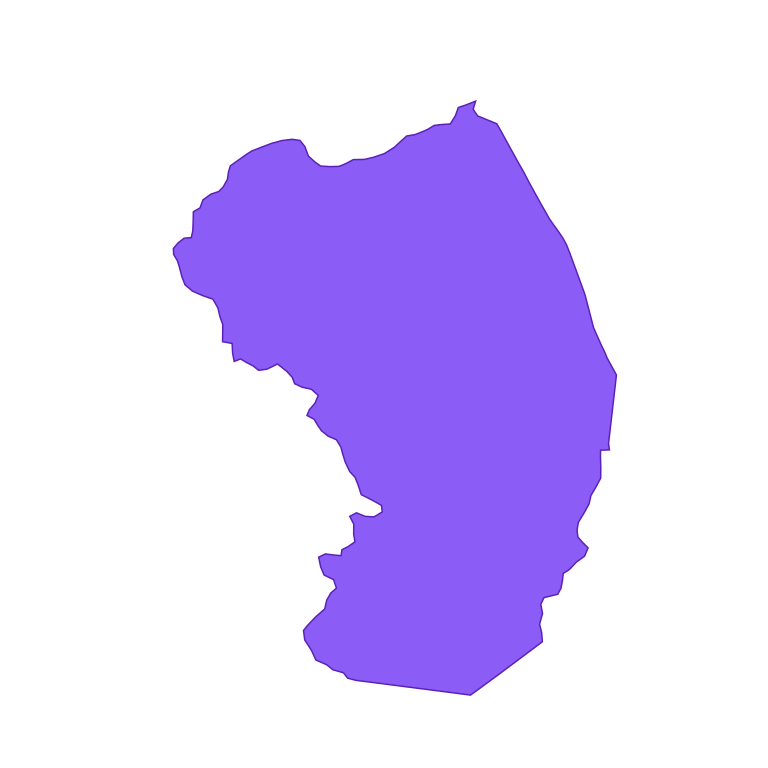 the district of Gavião, Bahia, Brazil, rotated 282°
{"feature_id": "56859067B94614282222955", "entity_name": "Gavião", "entity_type": "district", "adm_level": 2, "iso_a3": "BRA", "parent_name": "Brazil", "parent_adm1": "Bahia", "projection": "robinson", "projection_center": [-39.754, -11.493], "detail": "fine", "context": "isolated", "style": "filled", "palette": "violet", "viewbox_px": 768, "rotation_deg": 282, "n_neighbors": 0, "source": "geoboundaries", "source_scale": "gbopen_adm2", "svg_char_len": 2300}
<svg xmlns="http://www.w3.org/2000/svg" viewBox="0 0 768 768"><g transform="rotate(282 384 384)"><path d="M372.6,616.0L441.1,609.5L455.9,596.8L461.7,592.8L466.9,588.7L482.6,577.3L513.4,561.9L550.3,538.8L558.1,533.6L563.7,528.8L568.5,523.9L575.5,516.2L580.1,511.3L587.3,505.0L593.1,499.8L602.9,491.3L611.7,483.7L619.9,477.0L629.0,468.9L647.0,453.3L655.1,446.4L662.0,440.2L665.7,419.8L671.3,414.1L679.7,414.8L673.6,405.5L669.9,399.2L661.4,398.1L652.2,394.8L649.7,386.2L647.4,379.4L641.9,373.5L638.2,368.3L634.4,362.5L631.3,354.6L625.5,350.4L617.7,344.9L609.4,336.4L603.6,326.6L599.6,318.1L597.1,307.3L591.5,300.7L587.5,294.7L585.4,286.0L584.0,276.7L586.9,270.1L591.2,262.7L599.8,257.2L604.8,251.1L604.3,243.4L600.9,233.5L595.8,223.7L590.0,214.7L584.6,206.4L580.2,201.9L573.8,196.0L565.4,188.3L558.9,187.8L551.6,188.3L543.2,185.7L537.9,182.3L533.7,175.2L526.4,168.6L518.0,167.4L512.8,161.7L503.0,163.6L494.1,165.1L487.2,165.1L485.0,158.1L479.1,153.2L472.8,149.8L467.0,151.3L461.7,156.2L456.3,159.3L447.1,163.9L439.6,168.8L435.0,177.4L432.7,188.6L431.4,199.0L423.9,205.7L415.4,209.7L408.8,213.9L400.0,215.7L391.8,217.3L392.1,227.0L382.7,229.5L374.9,232.8L378.7,238.5L376.5,244.8L374.5,252.2L371.3,258.5L374.1,266.3L381.4,275.7L376.2,286.2L371.6,292.7L365.7,296.6L363.8,304.7L363.8,314.0L359.1,322.1L350.7,320.4L343.2,316.3L337.2,315.2L335.0,322.9L329.8,327.8L325.2,332.6L321.3,340.4L319.6,349.0L313.4,354.9L307.3,358.0L299.6,362.3L291.2,368.7L286.7,375.1L279.5,379.9L271.0,384.8L268.1,396.0L264.8,406.7L258.5,408.9L251.9,401.8L250.6,392.9L252.3,383.9L247.4,378.0L240.6,383.6L231.0,385.5L223.6,388.4L217.3,382.5L213.2,377.3L207.2,377.7L206.3,370.6L205.6,362.0L201.0,356.1L191.9,360.1L184.7,365.1L182.1,375.4L174.5,379.9L168.4,375.4L160.7,372.9L151.7,372.8L142.3,365.8L132.5,359.7L126.2,356.5L117.1,359.7L108.5,368.3L99.8,374.8L97.5,386.2L93.8,393.6L93.1,404.4L88.7,409.6L88.3,418.3L97.7,533.3L123.3,556.2L164.8,592.5L173.6,589.9L181.5,586.1L192.5,586.8L201.0,583.2L208.3,584.9L214.5,597.7L221.0,599.6L229.1,599.4L236.0,598.7L241.0,603.9L249.8,609.2L257.3,616.0L266.1,617.7L270.6,610.8L274.6,605.5L281.1,603.2L289.2,602.9L299.7,606.6L309.2,609.5L318.0,609.6L327.8,612.9L337.0,615.5L346.1,613.7L358.2,610.8L364.3,609.6L366.4,618.2L372.6,616.0Z" fill="#8b5cf6" stroke="#5b21b6" stroke-width="1.5"/></g></svg>